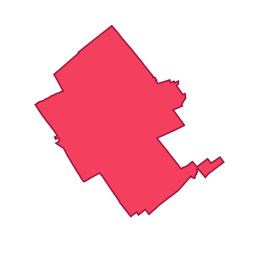 Pechea, Galati, Romania (Albers equal-area conic projection), rotated 228°
{"feature_id": "2599482B54833232986337", "entity_name": "Pechea", "entity_type": "district", "adm_level": 2, "iso_a3": "ROU", "parent_name": "Romania", "parent_adm1": "Galati", "projection": "albers", "projection_center": [27.806, 45.647], "detail": "fine", "context": "isolated", "style": "filled", "palette": "rose", "viewbox_px": 256, "rotation_deg": 228, "n_neighbors": 0, "source": "geoboundaries", "source_scale": "gbopen_adm2", "svg_char_len": 4600}
<svg xmlns="http://www.w3.org/2000/svg" viewBox="0 0 256 256"><g transform="rotate(228 128 128)"><path d="M126.8,60.6L124.3,60.1L120.7,59.4L118.0,59.1L117.6,59.4L117.3,59.8L115.3,69.6L113.6,76.3L113.5,76.9L109.9,76.6L109.3,76.7L97.7,75.0L85.6,73.4L82.3,73.0L78.2,72.1L74.1,71.7L60.3,70.8L59.8,78.1L56.4,77.6L55.8,86.4L49.8,85.8L49.8,91.0L49.7,95.0L49.8,97.2L49.8,100.6L49.3,106.1L49.0,110.9L48.5,116.1L48.3,117.8L48.2,118.2L48.2,118.5L48.2,119.4L48.2,120.1L48.1,120.7L48.0,121.4L48.0,122.2L47.9,122.8L47.9,123.0L48.0,123.5L48.1,125.1L50.1,142.5L49.7,142.7L49.4,142.5L49.3,142.3L48.9,142.4L48.4,142.8L48.0,142.9L47.0,143.1L46.2,143.7L46.1,144.2L46.1,144.4L46.9,144.6L47.1,144.9L47.2,145.1L47.2,146.1L47.8,146.6L47.8,146.9L47.8,147.0L47.8,147.4L47.8,147.8L48.0,148.1L48.6,148.7L48.7,149.0L48.6,149.5L48.7,149.9L49.1,150.2L49.5,150.5L50.7,150.7L51.1,151.9L51.2,152.9L50.2,152.5L49.3,152.5L47.0,152.7L45.7,152.6L44.2,152.5L40.8,152.5L39.5,152.3L40.2,157.1L38.5,176.3L44.8,176.9L45.9,168.9L46.3,166.1L51.9,166.6L53.0,153.2L53.7,153.2L59.9,153.4L60.2,147.0L60.9,144.6L61.5,142.8L61.9,142.5L61.9,142.1L61.8,141.5L61.8,141.1L62.0,140.5L62.4,140.1L66.3,140.5L72.6,140.9L81.8,141.5L84.8,141.8L92.1,142.1L96.7,142.4L101.1,142.8L95.0,161.7L92.3,171.7L111.3,173.7L108.0,183.1L109.3,183.2L110.8,187.4L111.0,188.4L111.6,190.9L111.9,190.8L112.4,191.0L113.3,192.0L113.9,192.6L114.6,193.0L115.1,193.2L115.6,193.3L116.0,191.1L126.9,192.3L127.1,194.7L126.9,195.0L129.1,196.9L130.1,193.8L130.2,193.3L130.4,192.9L130.5,193.0L130.9,193.1L131.1,193.2L131.3,193.2L131.6,193.3L131.8,193.4L132.0,193.4L132.6,191.6L132.8,190.7L133.0,190.2L133.5,190.1L134.0,190.3L134.6,190.6L134.8,190.7L135.2,190.9L135.8,191.2L140.4,181.0L140.5,181.0L140.7,180.8L140.9,180.3L141.0,180.0L141.1,179.9L141.7,180.0L142.2,180.1L143.1,180.2L144.7,180.5L144.4,181.2L147.9,181.8L148.0,181.3L148.1,180.9L148.2,180.7L148.3,180.6L148.5,180.5L148.7,180.4L148.9,180.4L149.1,180.4L149.2,180.5L149.3,180.7L149.5,181.0L150.4,181.2L151.1,181.3L151.6,181.3L152.2,181.3L153.0,181.3L153.7,181.4L155.7,181.5L157.8,181.7L160.2,181.8L164.4,182.0L166.4,182.2L167.6,182.4L168.4,182.4L168.8,182.4L169.3,182.5L170.3,182.6L171.2,182.6L171.4,182.5L172.6,182.5L173.9,182.7L178.7,182.9L182.6,183.2L185.2,183.3L186.2,183.3L187.3,183.4L187.9,183.4L188.6,183.3L188.9,183.3L189.7,183.3L190.1,183.3L191.6,183.4L192.7,183.4L194.3,183.5L195.5,183.6L197.0,183.6L197.6,183.5L198.3,183.5L198.9,183.5L199.6,183.7L199.9,183.7L200.7,183.7L201.3,183.7L201.7,183.8L202.1,183.9L203.2,184.0L203.6,184.0L203.9,184.1L204.5,184.1L205.4,184.2L206.9,184.2L209.5,184.3L211.1,184.3L212.2,184.3L214.8,184.4L215.9,167.8L216.6,156.8L217.5,141.6L216.6,141.5L216.9,131.4L217.0,119.1L217.4,108.9L214.3,108.2L214.1,108.2L207.4,106.6L205.5,106.1L204.1,105.8L202.4,105.4L201.8,105.1L201.0,105.0L199.8,104.8L198.7,104.6L198.8,104.2L198.8,103.8L199.2,103.6L199.3,103.1L199.6,102.8L199.9,102.2L200.1,100.9L200.1,100.7L200.3,100.3L201.5,97.8L201.7,96.9L201.9,95.9L201.9,95.3L202.3,94.8L202.4,93.9L202.6,93.7L203.1,92.9L203.3,90.6L203.7,88.6L204.6,86.3L204.8,83.8L205.1,83.2L205.3,82.5L205.7,81.9L205.6,81.6L206.2,80.9L206.6,80.3L206.8,79.6L206.8,78.6L207.3,77.6L206.7,77.4L207.4,74.7L207.2,74.7L206.5,74.6L205.9,74.5L205.7,74.5L205.6,74.4L205.0,74.3L204.5,74.3L204.4,74.3L203.9,74.2L203.4,74.1L202.5,74.0L202.4,73.9L201.0,73.6L199.9,73.5L198.1,73.3L197.9,73.2L192.9,72.6L192.6,72.6L190.2,72.4L189.9,72.3L189.6,72.3L189.4,72.3L189.0,72.3L188.6,72.2L188.4,72.2L188.2,72.2L187.8,72.2L187.7,72.2L187.1,72.1L186.9,72.1L186.7,72.1L186.1,72.0L185.8,72.0L185.7,72.0L185.4,72.0L185.2,72.0L184.9,71.9L184.5,71.9L184.3,71.9L184.0,71.9L183.9,71.9L183.7,71.9L183.4,71.8L183.2,71.8L182.7,71.8L182.4,71.7L182.2,71.7L181.9,71.7L181.7,71.7L181.4,71.7L181.2,71.7L180.9,71.6L180.6,71.6L180.4,71.6L180.2,71.6L179.9,71.6L179.6,71.5L179.4,71.5L179.2,71.5L178.9,71.5L178.7,71.5L178.6,71.4L178.4,71.4L178.1,71.4L176.2,71.3L175.7,71.2L175.4,71.1L175.0,71.1L174.5,71.0L173.0,70.8L172.9,70.8L172.7,70.8L172.2,70.7L171.9,70.7L171.5,70.6L171.4,70.6L171.0,70.6L170.6,70.5L170.3,70.5L170.1,70.4L169.7,70.4L170.1,68.0L170.3,67.3L168.0,66.8L167.4,69.7L166.5,69.4L165.1,69.1L164.4,66.8L164.5,65.7L164.7,64.7L164.8,64.5L164.9,64.3L164.4,64.4L162.6,64.9L161.6,65.2L160.2,65.5L156.9,66.4L156.5,66.6L156.3,66.6L156.1,66.6L155.4,66.4L154.1,66.1L151.8,65.6L150.3,65.2L150.1,65.1L149.8,65.1L149.7,65.0L149.4,64.9L149.2,64.9L148.8,64.8L148.4,64.7L147.9,64.6L147.3,64.4L144.8,64.0L143.3,63.7L142.6,63.5L141.2,63.2L139.9,62.9L139.1,62.8L137.7,62.5L133.4,61.7L132.3,61.5L128.9,60.9L126.8,60.6Z" fill="#f43f5e" stroke="#9f1239" stroke-width="1.5"/></g></svg>